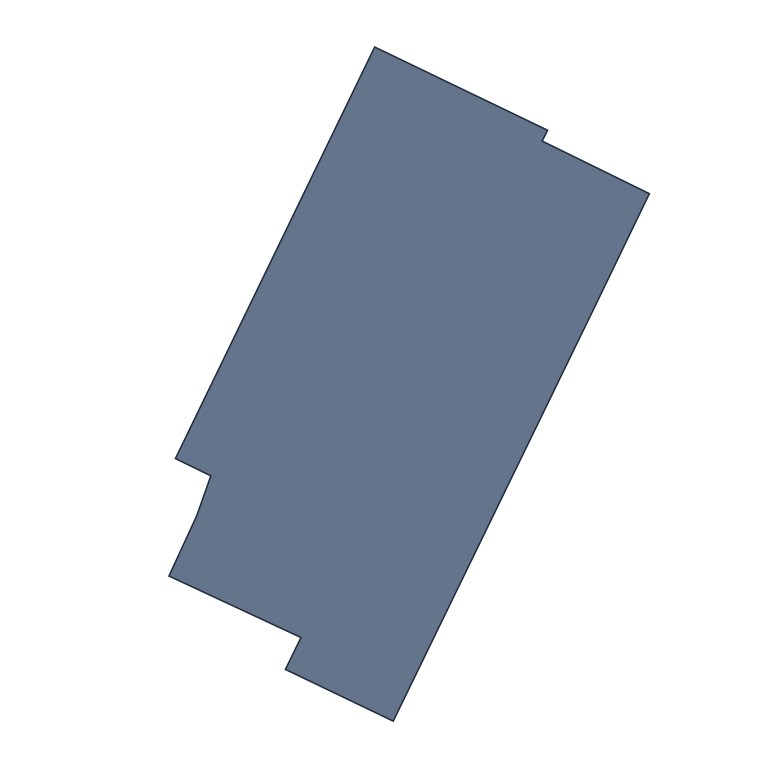 Douglas, Illinois, United States of America (Robinson projection), rotated 116°
{"feature_id": "52423323B58198584375209", "entity_name": "Douglas", "entity_type": "district", "adm_level": 2, "iso_a3": "USA", "parent_name": "United States of America", "parent_adm1": "Illinois", "projection": "robinson", "projection_center": [-88.204, 39.766], "detail": "fine", "context": "isolated", "style": "filled", "palette": "slate", "viewbox_px": 768, "rotation_deg": 116, "n_neighbors": 0, "source": "geoboundaries", "source_scale": "gbopen_adm2", "svg_char_len": 322}
<svg xmlns="http://www.w3.org/2000/svg" viewBox="0 0 768 768"><g transform="rotate(116 384 384)"><path d="M85.2,540.1L542.5,538.8L542.5,499.4L584.2,494.6L650.9,493.1L648.3,347.5L683.8,347.5L683.0,227.9L222.9,228.4L96.6,228.9L96.3,348.3L84.2,348.2L85.2,540.1Z" fill="#64748b" stroke="#1e293b" stroke-width="1.5"/></g></svg>